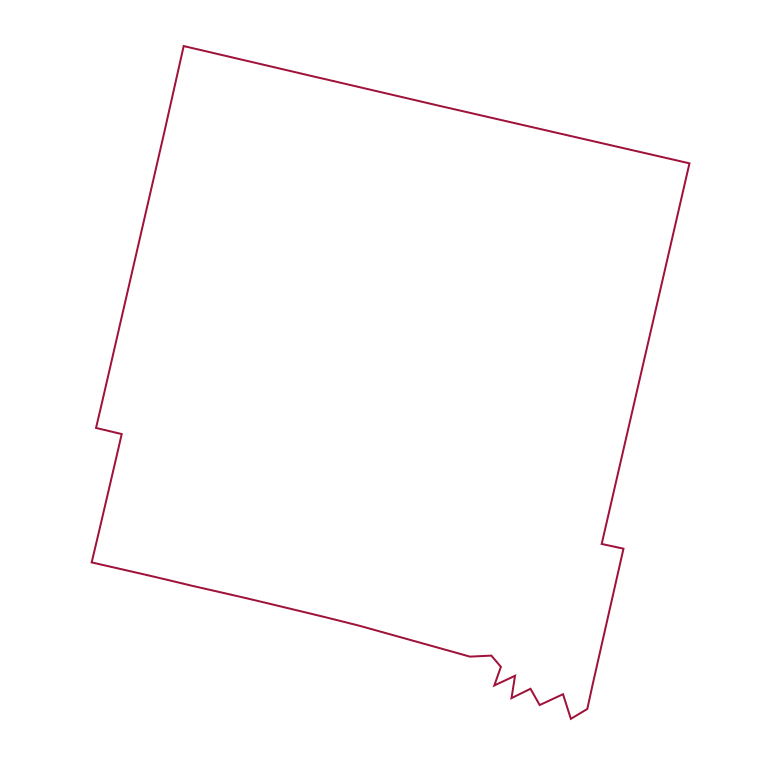 the district of Polk, Iowa, United States of America, rotated 13°
{"feature_id": "52423323B92251381588523", "entity_name": "Polk", "entity_type": "district", "adm_level": 2, "iso_a3": "USA", "parent_name": "United States of America", "parent_adm1": "Iowa", "projection": "albers", "projection_center": [-93.57, 41.673], "detail": "fine", "context": "isolated", "style": "outline", "palette": "rose", "viewbox_px": 768, "rotation_deg": 13, "n_neighbors": 0, "source": "geoboundaries", "source_scale": "gbopen_adm2", "svg_char_len": 572}
<svg xmlns="http://www.w3.org/2000/svg" viewBox="0 0 768 768"><g transform="rotate(13 384 384)"><path d="M243.4,100.2L112.8,99.8L113.3,188.4L113.4,443.2L113.4,470.2L113.3,491.6L139.7,491.8L139.7,515.6L139.5,591.7L139.3,623.6L204.8,623.5L242.6,623.8L285.8,623.7L301.9,623.7L377.3,624.4L414.4,625.1L529.1,630.3L549.7,624.5L561.5,633.3L559.3,652.9L577.3,638.8L578.9,661.4L595.3,648.0L607.9,661.8L628.2,646.0L641.4,668.2L655.2,654.9L654.9,629.7L654.4,490.6L632.1,490.9L632.0,100.3L373.4,100.5L254.5,100.2L243.4,100.2Z" fill="none" stroke="#9f1239" stroke-width="2"/></g></svg>